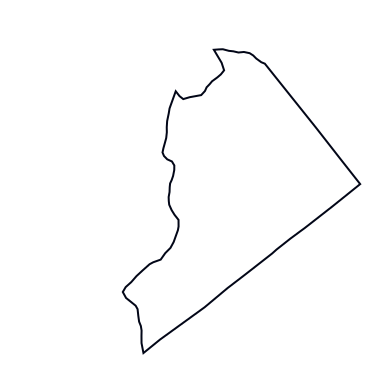 the district of São Carlos do Ivaí, Paraná, Brazil, rotated 52°
{"feature_id": "56859067B30476837708549", "entity_name": "São Carlos do Ivaí", "entity_type": "district", "adm_level": 2, "iso_a3": "BRA", "parent_name": "Brazil", "parent_adm1": "Paraná", "projection": "albers", "projection_center": [-52.502, -23.368], "detail": "fine", "context": "isolated", "style": "outline", "palette": "ink", "viewbox_px": 384, "rotation_deg": 52, "n_neighbors": 0, "source": "geoboundaries", "source_scale": "gbopen_adm2", "svg_char_len": 1232}
<svg xmlns="http://www.w3.org/2000/svg" viewBox="0 0 384 384"><g transform="rotate(52 192 192)"><path d="M289.3,54.6L261.2,54.7L252.9,54.7L229.9,54.7L217.7,54.7L135.7,55.6L132.4,57.5L126.4,59.2L122.1,59.7L118.1,61.1L113.6,64.9L110.7,69.5L106.6,72.8L103.5,76.0L98.5,79.8L96.2,83.0L93.4,87.2L108.4,89.1L115.9,91.8L117.1,96.9L117.3,101.5L117.1,108.0L117.9,111.7L118.5,116.0L120.4,119.6L121.3,125.1L118.8,129.9L115.9,135.4L113.4,141.7L108.8,142.8L102.6,142.8L112.3,158.2L115.8,162.0L120.8,167.9L125.4,172.0L129.5,175.1L133.6,179.1L136.9,183.5L140.0,187.7L142.7,190.9L146.4,191.9L151.0,191.4L155.6,189.0L160.2,189.6L163.7,192.4L167.7,197.0L170.1,200.7L171.8,204.0L174.5,206.6L178.2,209.7L181.6,213.5L184.9,215.9L188.0,217.8L193.7,219.2L199.1,219.8L205.7,219.8L210.9,223.8L213.4,226.6L220.1,237.2L222.8,243.4L223.7,250.7L226.0,258.3L223.5,265.8L222.8,269.9L223.4,279.2L224.1,287.6L225.6,295.3L226.1,302.8L228.2,308.1L234.9,309.2L246.9,306.4L250.8,307.0L256.6,310.6L261.6,313.5L266.1,314.8L270.1,317.0L274.4,320.5L280.0,324.8L289.0,329.4L288.6,307.9L290.6,253.0L289.6,223.2L289.8,200.8L289.8,174.7L289.8,166.7L289.4,160.9L289.3,143.3L289.6,131.7L289.8,125.5L289.8,89.8L289.3,54.6Z" fill="none" stroke="#020617" stroke-width="2"/></g></svg>